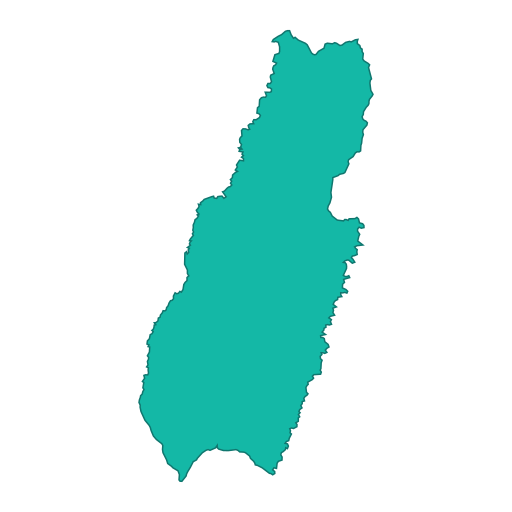 Tiros, Minas Gerais, Brazil (Robinson projection)
{"feature_id": "56859067B17885968557044", "entity_name": "Tiros", "entity_type": "district", "adm_level": 2, "iso_a3": "BRA", "parent_name": "Brazil", "parent_adm1": "Minas Gerais", "projection": "robinson", "projection_center": [-45.811, -18.837], "detail": "fine", "context": "isolated", "style": "filled", "palette": "teal", "viewbox_px": 512, "rotation_deg": 0, "n_neighbors": 0, "source": "geoboundaries", "source_scale": "gbopen_adm2", "svg_char_len": 6052}
<svg xmlns="http://www.w3.org/2000/svg" viewBox="0 0 512 512"><path d="M139.0,402.5L140.2,405.1L140.1,407.2L141.0,411.5L145.0,420.3L149.2,425.4L150.3,427.5L151.1,430.5L153.4,436.0L156.4,439.5L161.8,443.7L162.8,445.5L162.5,449.4L163.0,452.7L166.6,459.9L167.7,463.5L171.5,466.3L172.9,467.8L178.0,470.8L179.4,474.6L179.0,479.9L180.0,481.2L181.9,481.3L186.1,476.0L186.6,473.9L187.8,471.5L190.3,467.4L193.2,461.7L196.5,459.9L197.4,458.2L202.4,452.7L206.2,450.2L208.1,449.6L210.0,450.3L215.5,447.9L217.2,445.4L217.3,447.7L218.7,449.1L223.4,450.5L228.3,450.6L236.0,449.6L238.0,450.4L239.7,451.9L243.6,452.1L245.3,452.6L249.6,456.0L250.5,458.4L253.7,461.3L254.8,463.1L255.3,464.9L257.5,465.4L262.2,467.8L269.4,473.3L271.0,473.6L272.7,474.8L274.8,473.5L274.7,471.5L272.6,469.8L274.0,467.8L276.5,468.4L277.1,463.2L278.4,461.3L282.0,460.1L282.1,457.0L280.8,454.9L281.3,452.7L283.2,451.6L285.4,449.6L285.7,447.7L287.4,448.6L288.4,446.1L287.5,443.9L285.1,443.3L286.4,441.5L288.7,440.7L289.3,438.2L291.4,434.0L290.0,432.8L290.5,430.8L289.7,428.7L291.5,428.0L293.5,428.5L296.9,426.7L297.0,424.5L295.8,422.8L298.3,421.3L298.3,417.8L299.7,416.8L298.4,414.5L300.1,412.7L298.9,411.6L299.7,409.6L302.0,407.9L300.8,405.6L302.2,403.7L302.2,401.6L304.5,400.9L303.8,398.4L305.0,396.6L307.1,395.1L308.0,393.8L306.5,392.3L305.9,387.5L307.0,385.5L308.2,384.3L307.7,382.2L312.3,379.6L313.6,378.1L312.4,376.2L313.8,374.7L320.6,374.2L321.3,372.1L320.2,370.2L320.9,368.5L321.2,362.8L322.1,360.2L320.5,358.7L320.2,356.3L321.9,354.5L321.2,352.7L323.1,352.8L324.7,353.4L326.9,352.4L325.3,350.1L326.9,348.3L329.0,347.0L328.1,344.4L324.8,341.7L324.3,338.6L322.7,337.5L320.8,337.5L320.6,335.6L325.5,334.5L322.1,332.1L323.8,330.2L324.1,328.2L326.0,327.2L325.7,325.1L327.4,324.6L329.3,325.0L331.5,324.3L330.4,321.6L331.4,319.6L328.8,317.9L330.4,316.3L334.6,315.2L332.9,312.5L333.5,310.3L332.8,308.2L336.4,306.9L333.2,304.4L334.1,302.1L335.4,300.6L337.6,299.6L337.8,297.3L341.8,296.6L340.8,294.9L340.7,292.7L342.6,292.9L344.8,292.4L346.9,293.1L347.7,291.3L345.9,289.5L342.4,287.9L342.6,284.2L344.5,282.4L343.6,279.4L349.7,277.6L348.8,275.7L347.0,276.5L345.1,276.5L343.3,275.4L346.5,268.5L346.6,266.5L346.3,264.2L345.2,262.7L343.4,262.4L344.9,260.9L347.2,260.0L348.8,260.2L352.3,263.2L354.8,262.2L352.9,259.2L351.4,257.7L352.3,256.1L354.6,255.6L357.2,254.5L356.8,251.8L357.2,249.6L355.7,248.5L354.6,246.9L357.0,245.7L362.9,245.0L357.7,241.0L358.8,236.3L359.7,234.3L357.5,231.1L357.7,228.8L359.1,227.2L361.3,228.2L364.0,227.6L363.9,225.4L362.6,223.7L359.5,222.9L358.5,218.9L356.9,217.4L355.0,218.6L349.1,218.8L348.1,220.4L346.4,219.6L344.8,219.5L343.5,220.9L337.3,220.1L332.2,216.1L330.3,212.3L328.8,211.1L327.5,209.1L328.2,206.0L329.9,202.9L331.5,197.2L330.9,192.5L332.8,179.8L332.8,177.6L338.1,175.6L339.6,174.3L343.5,173.4L344.9,172.5L348.9,163.8L348.1,161.8L348.6,159.7L353.1,156.6L355.3,153.0L357.0,151.8L359.1,151.9L360.6,150.9L360.9,145.3L361.6,143.2L362.1,138.3L363.4,134.6L362.7,132.2L363.0,129.7L366.9,125.1L367.4,122.8L366.0,121.2L364.1,120.3L362.8,119.0L362.1,116.7L363.3,114.5L363.5,111.7L366.2,107.3L368.1,105.3L368.9,103.7L369.0,101.0L369.5,99.3L372.2,95.9L373.0,94.3L370.8,90.4L369.9,83.0L370.3,80.3L371.5,78.9L368.5,67.5L369.6,64.8L368.1,63.4L364.2,61.0L362.7,59.1L363.3,53.5L362.1,51.6L362.1,49.1L360.5,48.0L359.8,45.5L357.3,43.6L357.3,41.3L357.9,39.4L355.3,39.8L351.2,41.9L349.5,41.4L345.6,42.4L342.0,45.1L339.9,45.5L336.6,43.3L334.7,42.7L332.4,43.8L327.3,43.2L325.1,44.1L324.0,48.2L318.5,51.3L316.1,54.4L314.6,54.8L313.0,54.2L311.5,53.0L307.2,44.8L305.4,43.3L298.3,40.1L295.1,37.3L293.5,38.3L291.1,34.7L289.6,30.7L287.4,30.7L285.4,31.3L281.6,34.6L278.2,36.3L273.3,39.5L272.2,41.6L274.2,41.9L275.7,41.4L278.3,42.3L279.6,46.8L279.6,51.6L278.9,53.4L274.9,54.7L272.9,61.4L276.6,63.1L275.6,64.8L273.8,65.8L273.0,67.5L272.7,69.2L274.2,73.5L270.7,75.2L270.3,77.0L271.5,81.7L270.3,83.5L267.9,83.5L266.9,85.6L267.9,87.6L269.9,87.9L271.5,89.0L271.3,91.6L269.9,92.3L265.2,92.2L266.5,95.8L265.5,97.3L263.5,97.1L261.4,97.7L259.6,99.8L259.2,106.3L257.5,107.7L256.9,113.1L258.9,113.7L260.4,115.4L259.5,117.5L256.2,119.7L253.8,119.7L252.8,121.7L253.7,123.7L250.0,123.9L248.2,125.4L248.7,127.6L249.7,129.2L248.1,129.8L245.5,128.9L243.0,128.8L241.5,130.5L242.0,135.9L240.4,137.5L239.6,139.3L239.8,142.3L241.5,144.5L240.6,147.3L242.0,149.1L239.8,149.4L239.1,151.3L243.0,152.0L242.0,154.2L243.4,155.6L241.5,157.2L243.5,158.5L243.5,160.8L239.6,160.2L236.5,165.0L237.4,167.0L235.3,170.0L237.5,171.4L235.5,172.4L232.6,175.0L232.4,177.6L230.4,179.6L231.7,181.2L230.5,183.2L231.8,185.0L230.3,186.6L228.6,187.0L227.1,188.2L224.3,191.2L222.6,191.8L226.1,196.8L223.9,198.3L222.0,196.1L219.6,196.3L217.8,196.6L216.7,198.4L214.2,198.1L213.6,196.2L211.9,196.6L204.2,199.4L202.7,201.1L200.5,202.7L200.7,204.6L198.4,204.2L199.1,206.3L198.0,208.4L196.3,210.2L197.3,212.2L198.9,214.0L197.2,214.9L198.5,216.0L196.8,218.5L195.1,219.6L194.4,222.4L193.2,225.0L193.3,227.7L192.8,230.2L193.6,232.0L192.4,233.8L193.4,235.3L190.5,238.8L189.5,240.6L191.3,240.9L190.1,242.2L189.4,243.9L190.4,245.2L187.4,247.5L189.3,248.3L188.2,249.9L188.7,252.4L187.2,254.0L186.5,251.7L184.9,253.0L184.6,264.3L187.4,270.0L187.4,273.5L188.8,275.9L187.0,277.5L187.0,280.6L185.1,282.4L183.8,284.5L183.0,289.6L181.3,292.2L179.9,291.4L178.4,293.3L176.6,293.7L175.1,292.8L173.4,296.1L173.5,298.7L172.2,300.3L170.5,300.7L169.0,303.1L168.1,305.8L166.6,307.6L166.2,309.8L164.9,310.9L163.1,310.7L162.3,312.8L160.4,315.1L160.1,317.1L158.3,318.1L158.0,320.8L156.2,322.5L154.3,322.8L155.7,324.7L154.2,325.1L154.0,327.3L153.2,329.4L151.9,330.4L153.2,331.6L152.0,333.7L150.2,334.7L149.4,338.7L147.4,340.9L147.0,344.1L148.9,344.8L148.1,346.6L149.7,347.0L149.4,352.1L147.4,355.8L148.6,357.3L148.5,359.2L147.4,361.4L148.0,364.9L146.6,366.9L148.4,367.8L148.1,369.9L148.5,373.1L147.7,374.9L145.5,374.8L143.9,375.4L144.6,378.3L142.4,381.5L143.8,382.5L142.9,387.8L144.0,389.5L142.8,391.6L142.2,394.1L140.6,395.7L140.3,397.5L139.4,399.9L139.0,402.5ZM240.6,147.3L238.4,147.9L239.8,149.4L240.6,147.3Z" fill="#14b8a6" stroke="#0f766e" stroke-width="1.5"/></svg>